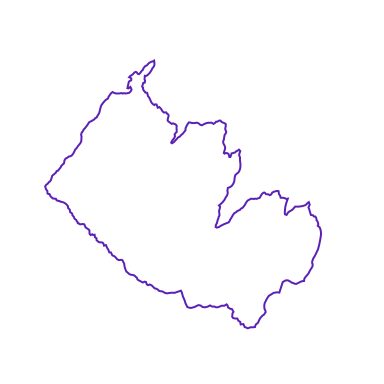 Corumbiara, Rondônia, Brazil, rotated 21°
{"feature_id": "56859067B10063501448175", "entity_name": "Corumbiara", "entity_type": "district", "adm_level": 2, "iso_a3": "BRA", "parent_name": "Brazil", "parent_adm1": "Rondônia", "projection": "equal_earth", "projection_center": [-61.091, -12.881], "detail": "fine", "context": "isolated", "style": "outline", "palette": "violet", "viewbox_px": 384, "rotation_deg": 21, "n_neighbors": 0, "source": "geoboundaries", "source_scale": "gbopen_adm2", "svg_char_len": 6033}
<svg xmlns="http://www.w3.org/2000/svg" viewBox="0 0 384 384"><g transform="rotate(21 192 192)"><path d="M299.2,295.5L299.0,294.2L299.1,292.8L300.5,290.4L300.6,287.3L301.0,284.9L302.1,282.1L303.2,280.6L303.8,277.6L302.7,276.1L301.8,275.4L300.9,273.9L300.0,271.6L299.7,269.7L300.1,265.2L300.9,261.5L304.3,257.0L307.0,255.3L309.6,254.6L309.0,243.5L310.8,241.3L311.8,240.6L313.1,240.1L315.9,240.4L317.3,240.8L321.1,240.8L322.3,240.4L326.3,236.1L328.5,234.9L328.0,233.0L328.2,231.4L329.9,226.5L330.3,222.7L331.1,218.8L331.0,217.5L330.5,216.2L329.6,215.2L329.1,213.8L329.0,210.7L329.6,207.6L330.2,200.3L329.5,194.7L328.8,190.6L327.7,185.5L327.2,184.2L325.8,181.5L323.8,179.2L321.5,178.5L321.5,176.9L320.6,175.5L319.5,174.3L318.4,173.7L317.9,172.6L316.9,171.4L315.9,170.7L314.6,171.2L313.4,170.4L311.2,170.8L307.2,165.6L306.3,164.8L306.4,161.6L304.7,159.6L303.7,161.1L303.2,162.6L302.5,163.7L301.4,164.6L300.1,165.6L296.7,167.5L293.6,168.6L292.0,172.7L289.9,175.3L289.0,176.8L288.5,179.5L286.8,179.5L285.8,177.5L284.4,172.2L284.0,168.9L283.8,163.9L282.7,164.6L279.6,164.6L276.8,165.6L275.7,164.0L273.8,162.6L272.5,160.2L271.1,160.5L268.8,162.0L267.1,163.8L266.8,165.9L265.8,167.1L264.3,166.8L261.9,167.5L260.8,166.8L259.5,166.6L258.3,168.0L257.7,170.1L257.3,173.2L254.5,175.4L253.2,175.6L252.3,176.3L249.5,177.1L246.9,180.2L246.2,183.0L246.1,184.5L245.6,186.6L244.8,188.8L243.7,189.9L243.0,191.8L242.2,192.4L240.9,193.9L240.4,195.1L239.1,196.5L238.5,198.7L238.0,202.1L237.5,204.3L237.5,205.8L237.1,207.2L233.6,210.4L231.0,213.2L229.8,215.0L227.8,216.4L226.6,216.2L226.1,214.1L226.4,212.4L226.0,208.8L226.1,207.3L225.8,205.9L226.1,204.1L224.0,199.9L223.9,197.9L223.5,195.7L222.0,194.9L222.8,193.6L224.4,190.1L225.1,187.8L225.5,184.3L225.9,183.1L225.9,181.0L225.4,179.3L224.6,178.3L224.0,175.3L225.8,173.8L226.8,172.3L227.4,170.4L227.6,169.0L227.6,166.7L226.5,162.5L226.4,160.8L227.2,158.9L228.3,157.2L228.6,155.6L228.6,153.6L228.4,152.1L227.5,149.2L225.2,144.7L224.5,142.6L222.8,140.7L222.5,139.3L222.4,136.5L220.7,135.6L219.9,136.9L218.8,138.0L218.0,139.7L215.1,141.8L215.3,144.0L215.2,145.6L214.3,145.9L212.6,143.5L211.3,143.1L209.6,143.5L208.7,144.5L207.7,144.2L207.4,140.0L206.9,138.3L205.5,136.7L204.4,135.9L203.6,135.0L202.9,133.4L203.0,132.0L202.0,127.2L202.6,124.3L202.1,123.1L201.2,122.3L200.4,121.2L199.8,118.2L199.2,116.5L198.3,116.2L194.4,116.0L193.2,115.2L192.0,115.4L190.4,117.3L189.3,117.7L188.7,119.3L187.7,120.7L185.3,120.3L181.7,121.9L180.4,122.8L177.2,126.2L175.6,126.3L174.1,125.7L172.6,125.4L171.1,125.8L170.3,126.5L167.2,127.7L165.5,127.7L164.1,128.2L163.4,131.2L163.1,134.8L163.8,136.5L162.6,140.7L161.4,142.8L160.8,144.6L159.6,145.8L157.1,152.1L155.8,153.7L154.9,153.4L155.2,150.5L156.0,148.4L156.2,146.1L155.1,144.5L155.5,142.9L156.2,141.5L155.4,139.4L154.6,137.8L153.9,135.5L152.4,134.8L149.7,134.7L148.7,135.7L144.4,134.5L143.6,133.9L143.2,132.4L142.9,129.4L142.2,128.2L140.6,127.8L139.4,126.9L137.2,127.9L135.6,127.2L133.2,125.4L131.0,124.4L129.8,125.6L127.6,123.0L126.3,123.3L125.6,124.4L123.6,123.8L122.1,123.0L118.1,119.1L116.6,118.3L114.6,115.5L112.7,115.9L111.9,115.1L110.7,114.7L109.5,113.6L109.0,112.2L107.7,111.5L107.4,107.5L108.7,106.9L108.4,105.1L107.3,103.8L106.3,100.4L107.7,100.0L108.8,98.4L109.9,95.8L110.5,93.0L110.7,90.8L111.3,88.8L111.4,86.8L110.3,84.2L109.5,82.9L108.6,84.2L107.3,85.0L106.1,86.4L105.4,87.4L104.7,89.5L104.1,90.4L103.1,91.4L102.3,94.1L102.4,95.5L101.6,97.0L101.0,99.4L100.3,101.0L99.0,101.1L97.3,100.0L96.3,100.1L95.5,101.0L94.5,103.4L93.6,104.9L92.8,105.7L92.2,107.4L93.7,107.4L94.8,108.0L95.2,109.6L94.4,110.3L93.5,111.6L94.5,118.2L95.5,118.1L96.2,117.2L96.7,116.0L97.8,116.8L98.9,118.1L98.6,120.3L97.7,122.0L94.8,123.8L93.1,124.1L91.9,125.0L90.7,124.9L89.1,125.9L85.7,127.3L83.3,127.4L82.1,127.1L81.1,128.6L80.0,132.9L80.1,134.5L79.6,135.5L78.6,136.7L77.3,139.8L76.3,143.5L76.3,145.3L77.0,150.9L76.9,152.7L76.4,155.0L76.3,156.6L75.3,157.6L74.7,159.3L72.3,162.3L71.1,163.5L70.7,165.0L70.4,166.8L69.2,170.9L68.5,172.4L68.3,174.4L67.7,176.2L68.0,178.4L68.9,179.6L70.4,184.1L70.3,186.1L69.9,187.6L69.2,189.6L68.4,192.9L67.8,194.1L67.5,198.0L67.1,199.5L66.7,200.9L65.7,202.2L64.2,203.1L63.2,204.9L62.0,206.1L61.6,208.2L62.0,209.8L62.2,211.3L61.4,212.7L60.6,214.7L60.5,216.2L59.2,220.2L58.1,221.0L58.0,222.7L55.7,226.9L56.0,231.2L55.7,232.9L54.9,234.0L54.3,236.0L53.3,237.5L52.9,239.4L54.8,241.8L56.6,242.9L57.6,245.1L58.7,245.4L59.7,245.0L61.6,246.8L64.4,247.9L67.4,247.1L68.6,248.3L70.5,248.2L71.7,247.9L72.7,248.2L74.4,247.8L76.5,247.8L79.0,248.4L81.3,249.7L82.0,251.3L84.2,252.3L85.6,254.6L86.8,254.7L87.9,255.1L88.8,256.7L90.5,257.4L91.4,258.6L92.6,259.3L94.0,259.6L94.8,260.5L96.0,261.1L96.6,262.1L97.8,261.9L98.8,262.3L100.0,261.9L101.5,261.0L103.0,260.8L104.5,262.2L105.3,263.2L109.3,264.1L110.1,264.8L111.3,267.7L112.9,268.5L114.0,267.2L115.0,267.6L116.4,266.8L117.6,269.0L119.4,269.4L120.1,271.1L122.0,271.9L123.5,272.2L125.0,271.6L126.7,271.3L127.8,271.9L129.1,273.6L130.7,272.4L132.7,274.5L134.6,275.9L136.4,278.0L138.0,277.5L140.3,279.7L142.7,279.8L144.5,280.6L146.2,281.6L148.1,281.8L150.2,280.7L151.5,280.6L154.3,283.2L156.3,286.6L159.1,289.7L162.7,291.0L164.6,291.2L166.5,290.6L168.3,290.6L169.9,291.4L171.0,291.6L172.5,293.2L173.5,293.5L178.6,294.1L179.9,292.7L181.2,292.5L182.9,294.4L184.3,294.8L185.7,293.5L187.7,293.6L191.7,295.3L193.3,295.1L195.2,295.4L196.7,296.1L198.4,295.9L199.4,295.5L200.9,295.5L202.5,295.9L203.9,295.8L205.4,295.4L207.1,294.3L210.1,292.9L211.7,292.5L217.0,288.1L218.4,289.3L220.9,292.7L224.4,296.3L225.6,298.0L228.9,301.1L231.7,300.9L232.9,300.4L235.7,298.4L237.2,296.6L238.7,295.2L240.9,294.9L243.0,295.6L245.5,295.0L247.9,293.3L249.5,291.4L251.1,291.7L252.4,291.6L253.9,290.9L255.8,291.0L257.3,290.4L260.7,287.4L262.9,286.6L264.6,284.5L265.9,285.2L266.9,286.8L269.7,287.3L271.3,287.0L273.7,289.0L273.3,290.8L274.2,294.0L275.4,294.9L277.6,294.7L279.7,293.9L281.4,295.5L283.6,296.0L284.9,298.2L287.3,296.9L289.6,299.2L290.9,299.1L292.9,299.3L295.3,297.2L297.5,296.4L299.2,295.5Z" fill="none" stroke="#5b21b6" stroke-width="2"/></g></svg>